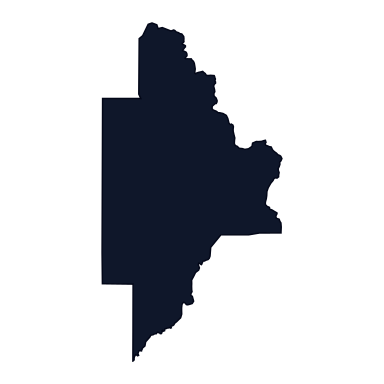 outline of Broadwater, Montana, United States of America
{"feature_id": "52423323B25575586370541", "entity_name": "Broadwater", "entity_type": "district", "adm_level": 2, "iso_a3": "USA", "parent_name": "United States of America", "parent_adm1": "Montana", "projection": "orthographic", "projection_center": [-111.372, 46.308], "detail": "fine", "context": "isolated", "style": "filled", "palette": "ink", "viewbox_px": 384, "rotation_deg": 0, "n_neighbors": 0, "source": "geoboundaries", "source_scale": "gbopen_adm2", "svg_char_len": 3601}
<svg xmlns="http://www.w3.org/2000/svg" viewBox="0 0 384 384"><path d="M102.6,98.5L102.1,252.9L102.4,283.7L133.1,284.1L133.0,330.2L132.9,361.0L133.2,360.9L134.1,359.9L134.1,358.2L134.3,357.1L135.1,355.5L135.6,354.6L136.7,355.0L137.0,355.4L137.6,355.8L138.6,355.3L138.3,354.5L137.9,353.8L138.7,351.3L139.4,350.6L140.8,350.8L141.5,350.9L141.6,350.3L142.1,349.4L142.2,348.4L143.5,347.2L144.9,346.0L145.3,343.7L145.7,341.7L147.1,340.2L148.3,338.8L149.8,337.1L150.8,335.2L153.2,334.7L154.6,333.8L156.3,333.7L156.9,332.7L157.9,332.1L158.4,332.6L159.6,332.8L160.2,333.6L161.1,333.7L161.8,332.9L162.0,331.5L161.9,330.8L162.5,330.3L163.1,330.5L163.2,331.2L164.6,330.7L164.6,329.8L165.2,328.6L166.0,328.6L167.8,327.9L168.9,327.9L169.3,327.5L170.2,327.8L170.6,328.1L171.3,327.8L171.1,327.2L171.1,326.1L172.7,325.7L173.8,324.9L174.7,323.2L176.7,321.6L178.6,319.7L180.6,317.8L181.7,314.1L181.6,310.5L181.6,307.9L181.9,305.0L182.3,303.6L183.7,302.2L184.9,302.8L186.4,304.6L187.7,304.8L190.0,304.2L192.2,303.5L193.6,301.2L192.3,296.3L190.8,295.5L191.0,293.4L192.0,291.7L191.7,289.8L191.6,286.2L191.7,283.6L191.6,280.1L193.6,276.4L195.5,272.5L198.6,270.1L199.4,267.9L198.3,264.8L198.6,263.5L198.8,263.1L199.4,263.3L199.8,263.6L200.3,263.9L200.9,264.4L201.4,264.6L201.6,264.2L202.0,263.8L202.1,262.9L203.1,261.2L203.7,261.0L204.3,261.0L204.7,261.0L204.9,260.6L205.7,260.3L206.5,260.0L207.2,259.8L208.1,259.5L208.5,259.0L209.1,258.5L210.0,256.2L210.7,247.3L220.9,234.8L230.9,234.8L248.6,234.8L259.4,233.0L281.0,232.9L281.0,231.8L281.2,227.1L280.9,222.9L279.9,221.4L279.1,219.2L276.3,218.3L275.8,216.1L276.9,213.9L277.0,213.0L276.1,212.4L274.3,211.4L272.1,210.0L271.1,209.6L270.2,209.5L269.5,208.8L269.6,208.2L269.4,207.4L268.5,206.9L267.5,206.8L266.4,205.6L265.5,204.8L265.3,203.1L265.5,201.6L266.3,198.6L266.7,195.7L266.9,191.5L268.2,187.7L270.7,183.3L273.0,180.5L274.1,178.3L275.8,177.8L277.0,178.1L278.6,176.8L278.6,175.1L279.1,172.6L278.3,170.4L278.2,168.6L279.2,166.5L279.9,164.3L279.7,162.2L280.9,160.9L281.9,158.6L280.8,156.3L279.8,155.5L278.0,154.8L276.4,153.1L274.7,151.9L273.4,150.8L272.4,149.6L271.9,148.5L271.2,147.0L269.1,146.6L268.1,146.1L265.6,145.2L265.2,143.6L266.0,142.4L265.4,140.3L264.3,140.5L261.5,141.4L258.2,141.6L256.3,141.5L252.6,143.1L252.0,146.4L248.5,148.8L244.8,149.4L242.3,148.6L239.2,148.3L237.2,146.3L235.3,145.6L234.3,143.5L234.5,140.1L234.8,138.0L233.9,134.5L233.2,131.4L233.1,129.4L233.4,126.7L232.9,125.1L231.3,124.1L230.6,124.6L229.5,124.0L228.8,122.7L228.4,120.9L227.8,118.5L226.3,115.4L223.0,113.5L219.9,112.8L218.1,112.7L216.4,111.3L213.0,109.9L212.0,108.4L212.3,106.1L215.1,103.6L216.2,103.5L217.0,101.9L217.1,100.6L216.1,98.0L214.1,96.1L213.8,93.7L214.8,91.7L214.5,89.5L213.6,86.0L214.4,84.2L215.5,83.2L215.5,81.9L214.9,81.0L215.4,79.0L214.8,77.5L214.7,76.8L214.2,75.6L213.0,75.5L211.5,75.4L210.7,75.3L208.6,75.5L206.4,75.4L205.2,73.5L203.8,72.5L202.7,71.4L200.4,72.0L198.5,72.4L196.4,73.1L195.8,73.8L194.8,73.2L194.8,72.0L195.2,69.0L194.9,66.8L194.3,63.3L193.4,61.3L192.1,60.2L191.3,58.9L189.2,58.9L187.1,58.8L186.0,58.9L185.1,58.3L185.3,57.6L186.5,56.5L187.0,55.5L186.9,53.9L186.2,52.3L184.7,51.5L183.3,50.9L182.6,50.7L182.8,49.8L183.5,49.2L184.7,47.5L185.4,46.9L185.4,45.8L184.6,45.2L183.2,44.6L182.5,44.3L182.2,43.4L183.0,42.8L183.4,42.4L183.8,41.9L183.6,41.8L183.6,41.2L183.8,40.8L183.9,38.5L183.7,36.5L183.0,35.6L181.8,34.0L179.8,33.6L178.6,32.7L177.5,32.3L176.5,32.2L174.8,30.5L173.7,30.0L171.0,31.0L162.3,27.6L158.1,28.6L156.8,24.8L152.0,23.0L148.2,24.3L142.7,35.7L139.2,38.6L138.8,94.1L140.8,98.5L102.6,98.5Z" fill="#0f172a" stroke="#020617" stroke-width="1.5"/></svg>